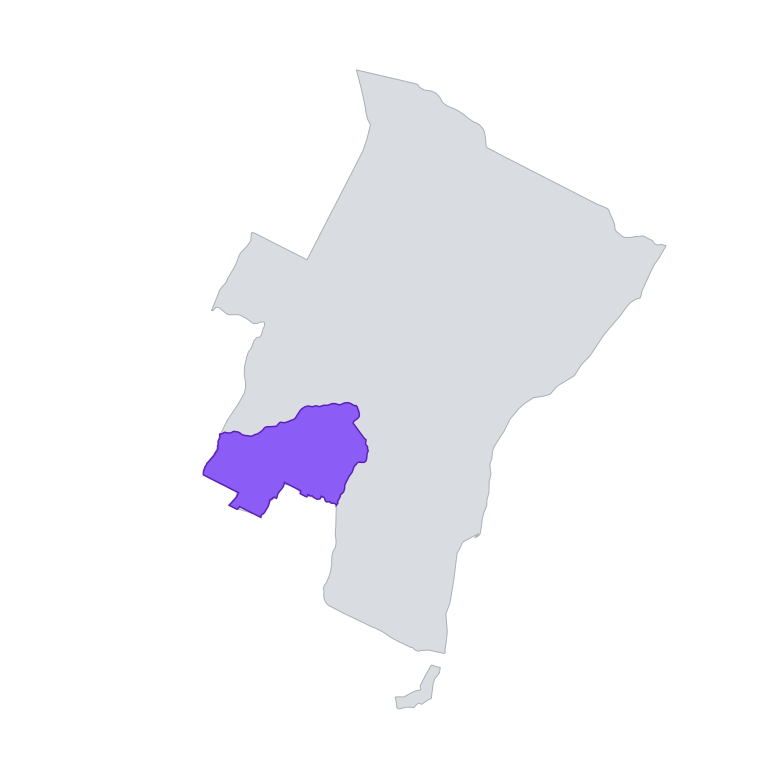 where Lunda Norte sits in Angola, rotated 207°
{"feature_id": "AGO-1874", "entity_name": "Lunda Norte", "entity_type": "Province", "adm_level": 1, "iso_a3": "AGO", "parent_name": "Angola", "parent_adm1": "", "projection": "equal_earth", "projection_center": [19.689, -8.666], "detail": "fine", "context": "in_parent", "style": "filled", "palette": "violet", "viewbox_px": 768, "rotation_deg": 207, "n_neighbors": 0, "source": "natural_earth", "source_scale": "10m", "svg_char_len": 8106}
<svg xmlns="http://www.w3.org/2000/svg" viewBox="0 0 768 768"><g transform="rotate(207 384 384)"><path d="M570.9,371.1L571.5,376.5L572.1,384.1L572.6,389.6L573.1,392.0L573.2,393.3L572.7,394.7L572.2,398.0L571.3,400.9L570.8,402.9L571.2,406.6L570.5,417.6L570.3,423.0L571.4,432.6L571.3,435.6L568.7,444.5L568.0,449.0L567.8,451.3L570.4,457.8L570.3,459.2L568.2,459.6L566.6,459.7L509.0,459.7L508.6,572.4L508.6,582.0L510.4,594.6L513.7,608.4L515.0,609.7L518.4,612.2L523.1,617.4L525.8,621.3L531.1,628.1L538.2,636.7L551.1,651.3L507.7,662.1L491.1,666.1L489.6,666.0L487.1,664.5L481.8,664.2L475.5,666.3L470.6,666.8L466.9,665.9L463.3,664.1L459.8,661.4L453.8,660.4L445.1,661.2L436.8,660.6L428.8,658.9L423.1,658.2L419.6,658.6L415.9,658.0L412.0,656.5L408.7,653.9L404.7,648.4L401.6,643.2L400.8,642.4L399.8,641.6L398.8,641.4L381.7,641.1L277.1,640.9L265.0,641.8L264.1,641.6L262.6,641.0L261.5,639.8L258.0,636.8L255.0,634.6L250.9,630.8L248.3,626.6L246.0,625.3L242.1,624.5L239.2,623.8L236.8,623.6L232.6,625.6L229.4,627.5L227.2,629.4L223.3,631.6L220.0,633.7L214.2,633.4L213.0,633.7L209.7,633.6L206.7,631.7L203.6,631.9L200.2,634.3L195.4,635.2L196.3,619.7L197.4,612.8L197.3,604.6L196.3,583.2L195.4,580.3L194.8,576.9L197.8,574.2L199.3,572.2L201.3,568.7L202.7,563.7L204.4,552.8L210.4,527.5L213.2,502.7L216.9,491.0L218.2,477.8L228.7,460.8L231.3,450.3L236.8,445.2L244.6,439.7L250.1,430.0L252.7,423.2L255.7,410.3L255.6,396.7L257.4,378.7L256.9,373.5L254.0,366.3L253.4,361.1L250.6,356.1L247.7,352.2L246.3,345.4L241.1,334.6L239.7,327.4L237.2,322.3L236.8,315.9L235.5,309.2L233.0,302.5L230.5,294.9L230.5,292.5L232.0,289.6L233.4,288.7L232.9,290.1L232.0,291.8L232.2,293.2L241.6,279.8L242.2,277.2L241.9,274.3L241.8,270.7L242.1,266.5L233.1,241.8L225.8,218.8L224.5,207.2L215.1,191.9L211.3,182.0L209.1,175.0L207.5,172.4L208.1,171.0L210.6,170.7L215.9,169.1L223.3,167.3L230.1,163.3L232.0,161.5L235.6,161.1L239.3,162.2L240.6,161.4L241.4,161.4L250.1,161.3L253.7,161.1L260.3,161.2L264.5,161.5L267.0,161.9L273.4,162.6L281.5,162.5L284.4,162.1L295.0,161.9L314.8,161.4L325.2,161.5L333.2,161.5L336.8,163.0L340.1,165.7L341.6,168.2L342.3,169.3L343.3,172.0L345.1,174.0L345.7,177.3L345.2,181.7L345.5,187.0L346.6,193.1L348.8,199.6L352.1,206.3L353.5,211.7L353.1,215.7L354.2,219.9L356.6,224.3L358.4,226.7L359.5,228.5L362.3,235.2L371.4,254.2L372.7,255.2L374.7,254.8L378.9,254.0L383.1,253.9L386.1,255.5L387.3,255.2L391.8,252.0L396.2,251.0L400.9,249.7L403.3,248.3L406.1,248.3L413.7,250.9L415.2,251.1L421.3,251.1L427.5,249.6L428.4,238.7L428.5,236.6L429.9,232.5L431.8,228.9L432.1,225.5L431.9,220.8L433.3,215.2L437.4,210.7L444.1,208.5L447.9,208.1L453.9,206.9L463.0,205.6L466.4,205.8L466.7,206.4L464.7,214.2L464.7,216.8L465.4,219.4L466.9,220.8L485.1,221.1L502.5,221.9L503.5,222.3L504.2,222.9L505.3,226.8L505.1,234.3L503.4,245.4L504.0,255.7L506.9,265.3L507.2,280.1L504.8,299.9L504.3,312.5L505.6,317.7L508.5,323.2L512.8,328.9L516.2,336.4L518.5,345.5L519.4,351.2L518.7,353.6L518.7,357.7L519.5,363.5L518.6,367.4L516.2,369.3L515.4,371.9L516.6,376.9L516.9,381.5L518.5,384.5L519.6,384.7L522.1,383.1L525.0,380.0L527.3,378.7L530.6,378.9L535.1,379.8L543.2,380.1L545.7,379.5L553.3,375.4L555.3,375.1L558.2,375.5L562.5,376.7L566.7,377.0L568.8,375.7L569.0,374.0L569.7,371.9L570.9,371.1ZM231.9,109.8L231.4,110.5L228.0,112.4L224.3,114.1L219.5,121.2L217.1,124.2L216.4,125.0L214.2,126.7L212.6,128.2L212.6,129.0L213.7,129.9L214.8,131.4L214.8,143.0L214.3,154.4L213.7,155.3L210.7,155.7L206.6,156.5L205.3,157.0L204.8,155.9L203.5,151.7L204.2,147.8L205.0,144.8L204.1,138.8L202.0,133.4L199.7,126.6L199.1,125.3L200.9,123.1L203.7,118.3L204.8,115.9L208.1,115.3L209.3,113.6L210.1,110.8L210.4,109.2L214.1,107.8L218.4,105.5L220.9,102.9L223.3,101.2L224.9,101.2L225.9,101.8L228.7,106.3L231.1,109.2L231.9,109.8Z" fill="#d9dde1" stroke="#a8b0b8" stroke-width="1"/><path d="M467.1,205.6L466.3,208.1L465.5,211.1L465.0,212.8L464.3,215.1L464.1,217.1L464.2,219.1L464.2,221.1L465.7,221.1L467.9,221.1L470.2,221.1L472.5,221.1L474.7,221.1L477.0,221.1L479.3,221.1L481.5,221.1L483.8,221.0L486.0,221.0L488.3,221.0L490.6,221.0L492.8,221.0L495.1,221.0L497.4,221.0L499.6,221.0L501.9,221.0L502.9,221.0L503.6,221.0L503.7,221.3L503.9,221.4L504.1,221.6L504.3,222.0L505.0,224.0L505.4,224.6L505.3,225.0L505.1,225.3L505.1,225.5L505.2,226.0L505.5,226.3L505.6,226.6L505.7,227.1L505.7,227.3L505.5,227.7L505.5,227.9L505.6,228.2L505.9,228.6L505.9,228.8L505.9,229.3L505.6,230.2L505.5,230.7L505.5,231.2L505.5,231.5L505.7,232.1L505.7,233.7L505.6,234.0L505.1,234.6L505.0,234.9L505.0,235.6L504.8,236.2L504.6,237.0L504.3,238.4L503.9,240.0L503.6,240.9L503.3,242.2L503.1,242.9L502.9,244.8L503.1,245.9L503.1,246.3L503.0,246.8L502.6,247.7L502.5,248.1L502.6,250.9L502.7,251.7L503.0,252.0L504.0,252.7L504.2,253.2L504.3,254.2L504.5,255.1L504.8,255.8L505.6,257.0L505.8,257.6L505.9,258.3L505.9,260.1L506.2,262.1L506.5,262.8L507.4,264.0L507.7,264.8L507.5,265.0L507.4,264.9L505.6,266.3L505.1,267.2L504.5,268.1L503.8,268.8L501.3,269.3L499.4,270.2L498.4,270.9L497.7,271.6L497.5,272.0L497.3,272.4L496.9,273.0L496.2,273.7L492.2,275.0L490.1,275.0L488.5,274.6L487.1,274.4L485.4,274.9L484.7,275.0L483.8,275.1L482.2,276.0L481.3,276.3L480.0,276.5L479.4,276.7L478.5,277.4L477.2,278.6L476.3,280.1L474.0,282.2L472.5,284.8L471.5,287.0L471.1,288.0L470.7,290.1L470.3,291.2L469.6,292.2L468.2,293.2L466.1,294.2L461.3,297.1L460.8,297.5L460.5,298.3L460.2,299.2L459.8,301.1L459.5,302.0L458.9,302.8L457.9,303.4L456.2,303.8L455.2,304.3L453.8,305.4L449.1,310.7L448.4,311.5L448.1,312.0L447.7,312.5L447.5,313.6L446.7,321.9L446.5,323.0L446.1,324.1L445.1,326.1L443.8,328.1L441.7,329.9L437.3,331.3L436.3,332.4L435.5,333.1L434.5,333.8L431.6,334.4L430.4,335.2L429.2,336.6L427.6,338.0L425.4,338.9L424.7,339.4L423.7,340.3L422.2,342.1L421.4,342.8L420.6,343.4L418.4,344.4L415.3,344.9L414.5,345.2L413.7,345.6L412.7,346.5L411.4,348.3L410.6,349.2L407.9,350.9L405.6,351.5L400.0,351.2L400.5,351.5L399.6,351.8L399.1,352.1L398.3,351.8L397.5,351.4L394.4,348.5L392.8,346.7L392.1,345.6L391.7,344.6L391.4,343.6L391.5,342.6L392.1,340.8L392.4,340.0L392.9,339.4L393.7,337.6L394.0,336.6L393.9,335.8L393.6,335.1L393.2,334.8L379.9,328.1L377.0,326.6L376.1,326.5L374.9,326.3L374.4,325.6L374.1,324.8L374.0,323.9L373.2,322.2L372.6,321.7L371.3,321.1L370.7,321.0L370.3,320.7L369.9,320.1L369.6,319.4L369.2,318.7L368.1,317.8L367.7,317.0L367.6,315.2L367.5,314.4L367.4,313.9L366.9,312.9L366.4,311.8L365.3,308.7L365.2,307.6L365.3,306.6L365.8,305.7L366.5,305.0L367.3,304.5L371.0,302.8L371.5,302.5L372.0,301.6L372.3,299.7L373.0,297.5L373.1,296.1L372.5,292.1L372.4,290.9L372.5,290.1L372.7,288.9L373.2,285.7L373.2,278.5L373.0,276.0L372.5,274.8L371.9,273.6L371.5,272.4L371.2,270.9L371.1,269.7L371.3,268.6L371.6,267.6L372.0,266.8L372.2,266.3L372.6,265.6L372.3,265.1L372.0,264.1L371.9,263.1L371.9,257.8L371.2,257.1L370.9,256.6L371.1,256.1L371.3,255.6L371.3,255.2L371.3,254.7L371.4,254.2L371.6,254.6L373.4,255.1L374.2,255.1L376.9,253.9L377.8,254.0L378.9,254.5L379.3,254.4L381.2,253.0L381.7,252.9L382.7,253.0L383.7,253.6L385.2,255.4L386.1,255.7L388.9,255.6L388.7,254.5L388.7,253.4L389.0,252.4L389.5,252.0L390.0,251.8L391.3,251.0L391.8,250.9L394.1,251.0L395.6,251.1L396.8,251.7L397.2,251.7L397.7,251.5L398.4,251.0L398.9,251.0L400.8,250.9L401.0,251.0L401.6,250.9L401.4,249.4L401.5,248.5L401.9,248.2L404.1,248.2L406.5,248.2L408.8,248.2L409.0,248.4L409.2,249.6L409.4,250.1L409.9,251.1L411.2,251.1L415.2,251.1L419.2,251.1L423.1,251.1L427.1,251.1L428.0,251.1L427.3,247.9L427.2,246.8L427.3,245.5L427.7,243.5L428.0,242.3L428.6,239.7L428.8,238.6L428.7,237.6L428.5,236.5L428.2,235.4L427.9,234.3L428.0,233.2L430.1,233.4L430.7,233.2L431.2,232.6L431.5,231.0L431.9,230.2L432.0,230.2L432.9,229.2L432.9,227.9L432.1,225.1L431.8,223.7L431.7,222.4L432.1,215.6L432.4,214.2L432.7,213.4L433.6,212.0L433.8,211.3L433.7,210.9L433.1,209.2L434.8,209.2L436.1,209.2L437.4,209.2L438.7,209.2L440.0,209.2L441.3,209.2L442.6,209.2L443.9,209.2L445.2,209.2L446.5,209.2L446.9,209.2L447.8,209.2L449.1,209.2L450.5,209.2L451.8,209.2L453.1,209.2L454.4,209.2L455.7,209.2L457.2,209.2L457.2,208.6L457.3,207.2L457.5,206.6L457.7,206.0L458.0,205.7L458.3,205.6L460.0,205.6L462.6,205.6L465.3,205.6L467.1,205.6Z" fill="#8b5cf6" stroke="#5b21b6" stroke-width="1.5"/></g></svg>